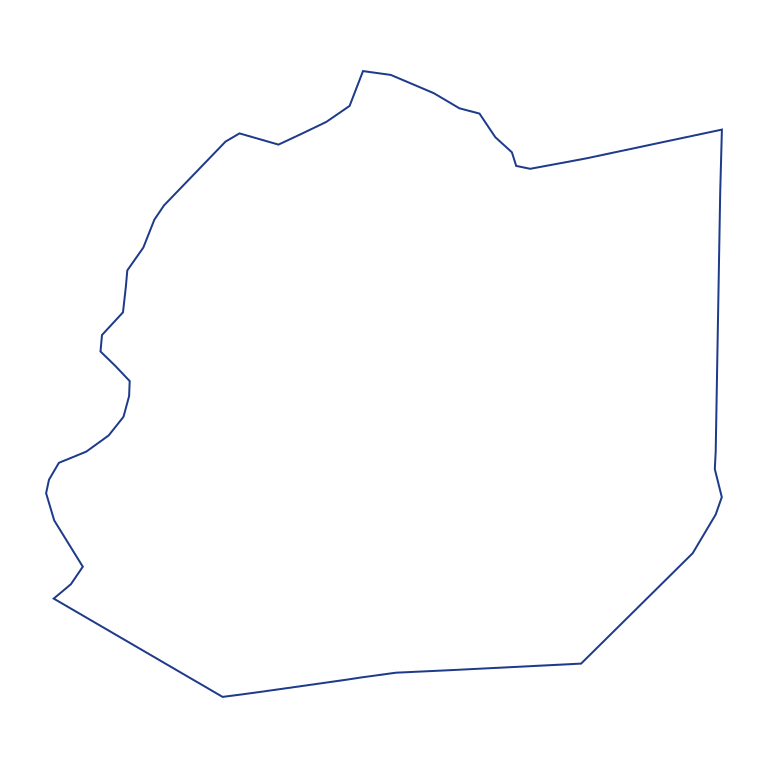 the district of Minador do Negrão, Alagoas, Brazil
{"feature_id": "56859067B35076407558238", "entity_name": "Minador do Negrão", "entity_type": "district", "adm_level": 2, "iso_a3": "BRA", "parent_name": "Brazil", "parent_adm1": "Alagoas", "projection": "albers", "projection_center": [-36.881, -9.333], "detail": "fine", "context": "isolated", "style": "outline", "palette": "blue", "viewbox_px": 768, "rotation_deg": 0, "n_neighbors": 0, "source": "geoboundaries", "source_scale": "gbopen_adm2", "svg_char_len": 752}
<svg xmlns="http://www.w3.org/2000/svg" viewBox="0 0 768 768"><path d="M349.6,105.9L326.3,121.9L302.4,133.4L278.5,144.6L239.5,133.4L225.5,141.6L164.0,205.4L154.4,219.6L143.3,247.6L127.3,270.4L125.9,286.3L123.0,312.3L102.0,335.0L100.5,351.5L115.4,366.0L129.7,381.1L129.1,396.1L123.5,416.8L108.7,435.4L86.3,451.6L58.9,462.8L49.0,479.7L46.1,493.2L54.2,520.4L82.8,566.7L70.9,584.2L53.7,598.6L222.6,696.9L241.2,694.5L258.1,692.2L347.8,679.5L361.5,677.4L395.9,672.7L447.4,670.3L581.1,663.6L692.7,553.2L715.7,514.5L721.8,497.1L714.8,469.1L715.7,451.4L720.2,192.5L721.9,129.6L585.6,158.5L530.2,168.8L516.2,165.9L511.9,152.3L495.3,137.2L479.5,113.6L459.4,108.3L433.8,93.2L390.7,74.9L363.0,71.1L349.6,105.9Z" fill="none" stroke="#1e3a8a" stroke-width="2"/></svg>